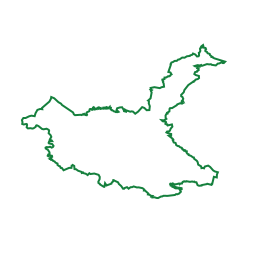 outline of Teocaltiche, Jalisco, Mexico, rotated 83°
{"feature_id": "50627088B70831883496545", "entity_name": "Teocaltiche", "entity_type": "district", "adm_level": 2, "iso_a3": "MEX", "parent_name": "Mexico", "parent_adm1": "Jalisco", "projection": "equal_earth", "projection_center": [-102.54, 21.482], "detail": "fine", "context": "isolated", "style": "outline", "palette": "green", "viewbox_px": 256, "rotation_deg": 83, "n_neighbors": 0, "source": "geoboundaries", "source_scale": "gbopen_adm2", "svg_char_len": 5781}
<svg xmlns="http://www.w3.org/2000/svg" viewBox="0 0 256 256"><g transform="rotate(83 128 128)"><path d="M182.9,44.2L181.7,47.1L180.5,48.6L176.7,51.2L175.1,53.0L175.6,56.4L177.3,57.5L176.8,58.3L176.8,60.0L175.0,60.1L172.9,62.8L170.4,63.0L168.9,63.7L166.6,66.1L165.3,66.2L165.0,67.2L163.4,68.8L162.2,71.1L161.5,71.0L160.8,72.2L159.5,72.9L158.4,72.5L158.2,73.4L157.5,73.7L157.7,74.3L157.4,75.2L156.8,75.5L156.6,75.1L156.1,76.3L155.5,76.3L155.1,77.0L154.2,77.0L153.4,78.7L152.1,79.8L152.0,80.7L150.9,82.2L148.6,82.6L147.9,84.4L146.1,84.9L145.6,84.5L145.2,85.0L144.8,84.6L144.2,84.9L140.8,88.3L140.8,86.1L139.2,85.9L138.4,88.4L137.1,90.4L136.3,89.7L136.3,87.5L135.7,86.7L133.8,85.7L132.1,83.8L129.8,84.0L130.3,88.3L129.3,88.5L129.4,89.1L128.4,90.4L127.0,89.5L126.4,89.7L125.5,92.8L124.3,93.7L124.8,91.6L123.6,88.8L122.4,89.4L120.2,89.2L118.9,88.3L118.6,87.3L118.2,87.7L117.7,87.5L116.6,84.9L114.0,84.4L113.4,83.8L113.6,81.8L111.3,76.8L110.6,76.3L109.8,73.4L110.4,71.4L110.1,70.7L109.0,71.7L107.7,71.3L107.3,70.5L107.6,70.2L106.9,70.4L105.8,69.6L103.8,70.2L103.0,71.3L101.6,71.2L99.3,68.3L97.2,67.4L92.7,62.9L90.2,58.1L90.2,57.3L89.6,57.2L89.3,56.1L88.2,55.0L87.9,52.7L87.1,51.4L85.0,51.3L83.7,54.3L82.5,55.6L80.7,54.6L80.5,52.5L80.0,52.0L79.5,52.1L79.0,50.8L78.5,51.0L77.4,50.6L77.0,52.0L75.9,51.4L75.2,52.3L75.1,53.7L74.6,54.3L74.1,51.4L75.2,49.7L74.5,49.8L74.7,49.1L74.4,47.8L75.2,47.7L75.3,47.0L74.2,41.8L74.8,39.6L74.8,37.9L75.5,37.2L76.6,33.2L75.0,31.0L75.1,29.8L74.2,27.0L75.1,26.1L75.2,25.0L74.0,23.5L69.4,33.8L68.4,35.2L67.9,35.3L67.7,36.4L67.2,36.2L65.7,37.7L64.4,37.9L63.5,39.9L62.2,40.3L61.2,41.8L60.1,41.8L59.3,40.9L58.0,41.3L57.2,43.9L56.0,43.2L54.8,43.4L55.9,45.3L57.2,46.2L57.5,46.0L58.2,46.9L60.3,46.8L61.9,47.9L62.0,48.5L64.6,48.6L65.4,49.2L65.4,50.8L63.3,52.2L62.0,54.4L63.1,55.2L63.5,57.4L64.0,57.8L64.0,60.8L65.1,63.2L64.7,65.6L66.2,68.6L66.2,69.9L67.3,71.4L67.1,73.5L68.1,75.6L68.3,76.9L69.8,78.0L70.3,77.7L77.3,81.1L78.1,79.1L80.0,78.3L80.1,78.8L81.3,79.7L81.3,80.6L81.8,81.1L81.6,82.2L82.5,83.7L82.4,85.6L83.8,85.8L84.1,88.0L85.2,88.0L85.9,87.3L86.8,87.7L88.1,87.2L91.4,87.2L91.6,89.7L92.3,91.6L90.7,96.8L91.0,100.6L92.0,100.4L92.4,101.0L93.3,99.7L94.0,100.8L95.6,100.2L101.3,102.0L103.2,104.7L103.6,104.1L104.6,104.0L106.0,104.4L109.0,103.7L112.8,104.6L112.6,107.3L110.1,109.3L109.0,111.4L113.0,116.0L114.7,119.1L112.3,121.1L111.9,122.6L112.1,123.8L110.3,127.5L111.6,127.9L110.8,129.9L109.8,130.0L110.0,128.1L108.9,129.3L108.8,130.4L106.7,131.3L106.6,133.5L107.1,136.4L108.6,137.1L110.8,135.4L111.0,136.3L110.7,138.1L110.2,138.2L110.0,139.6L108.0,141.9L108.2,142.1L107.2,143.1L105.9,142.6L105.8,143.5L104.7,143.5L106.3,145.6L106.1,146.1L105.2,145.8L104.6,146.8L105.0,147.8L106.0,147.9L105.8,148.4L104.9,148.4L104.8,150.0L105.8,150.1L105.5,151.2L105.7,152.8L104.9,152.8L105.3,154.7L104.6,154.4L104.4,153.7L103.9,154.4L104.3,156.0L105.4,157.1L105.6,158.9L105.3,159.2L104.4,158.5L103.1,159.5L103.5,160.3L105.6,161.0L105.5,161.7L104.6,162.4L104.5,163.3L104.8,163.8L106.6,164.3L107.4,166.9L108.2,167.5L109.9,167.0L110.3,167.4L109.9,168.8L108.7,169.7L109.2,170.3L108.8,170.8L109.2,171.1L109.2,172.1L109.5,172.4L109.1,173.6L108.8,179.0L107.8,180.1L105.9,180.6L97.1,190.7L95.7,191.5L93.9,193.9L89.5,197.6L87.9,200.4L89.5,200.9L92.2,202.8L97.6,210.9L98.9,210.8L98.4,212.9L99.0,215.7L102.1,218.0L104.9,219.2L104.0,222.3L104.3,224.6L105.6,228.4L105.3,230.6L107.2,232.3L109.4,232.0L111.1,232.5L111.8,231.1L111.6,228.4L111.9,227.9L112.8,227.8L115.0,228.5L116.2,227.4L116.3,224.7L116.9,223.1L116.8,221.8L115.6,219.5L114.4,218.9L114.2,218.2L115.2,216.6L118.5,213.4L119.0,211.9L118.8,208.9L120.2,206.9L121.1,206.6L123.5,207.4L125.7,205.7L127.5,205.2L129.8,207.0L130.3,206.7L131.0,205.3L131.8,204.9L131.5,207.8L133.1,208.6L133.7,208.2L134.7,205.2L136.7,204.1L137.6,204.7L138.2,206.1L137.1,207.6L137.4,209.2L137.0,211.3L137.4,212.2L138.3,212.2L140.0,210.1L142.5,208.9L144.2,209.0L144.5,210.3L145.8,211.1L146.2,210.7L145.9,208.3L146.3,206.9L147.3,206.8L148.3,209.1L148.7,208.2L149.3,208.8L149.4,207.9L150.3,208.1L150.6,206.8L151.4,206.5L152.3,204.9L153.5,204.2L154.7,202.3L156.0,202.5L157.2,201.3L157.8,200.1L159.4,199.7L159.6,198.5L162.1,197.1L160.4,191.3L160.7,189.0L158.5,188.5L158.5,187.8L158.0,187.4L159.1,186.0L162.3,186.1L162.6,184.6L164.3,182.8L166.0,179.3L167.0,179.3L166.8,178.1L167.2,178.1L168.3,175.4L169.8,173.8L168.2,171.9L169.1,170.9L169.1,167.0L170.9,162.9L173.1,162.0L175.3,162.4L177.7,164.0L179.0,164.0L179.9,162.8L180.5,162.8L183.4,159.2L183.5,158.7L180.0,157.5L180.8,157.1L181.6,157.6L181.7,157.0L182.1,157.2L182.5,156.7L181.2,151.2L180.2,150.8L179.3,149.4L177.1,148.7L178.1,148.7L180.7,144.5L182.4,143.9L184.8,141.8L187.7,140.3L187.8,139.3L187.2,138.8L186.6,136.2L188.3,134.8L187.1,132.7L187.2,131.0L186.7,129.5L188.1,126.4L188.2,124.7L189.5,120.9L191.0,119.4L192.0,119.8L192.2,118.7L195.5,115.8L196.4,116.3L197.0,114.6L198.0,113.7L198.4,112.1L199.1,112.9L199.3,112.1L199.9,112.2L200.0,110.1L200.9,108.2L201.2,106.7L200.0,103.5L200.1,102.4L199.6,101.0L200.2,96.9L200.2,89.6L199.5,88.3L199.8,87.0L199.2,85.0L198.5,84.5L198.1,83.6L197.6,83.3L195.6,84.1L195.3,82.2L194.3,82.1L194.0,82.8L194.2,83.2L193.5,84.3L194.0,84.9L193.7,85.1L194.1,85.6L193.8,86.6L192.9,86.8L193.2,87.8L193.7,88.0L193.4,88.7L192.8,89.4L192.7,88.3L192.1,88.2L191.6,89.0L191.8,91.0L191.1,91.0L190.6,92.1L189.9,91.4L189.6,92.9L188.8,93.1L188.4,92.7L188.8,91.9L188.4,90.3L189.8,89.2L189.5,88.5L189.7,87.1L189.3,84.2L190.2,83.6L189.5,82.8L189.7,81.2L188.6,80.7L188.1,80.1L188.2,79.3L187.7,78.8L188.3,77.1L187.9,76.6L189.0,73.0L188.9,70.9L189.4,69.7L189.3,68.6L190.0,68.1L190.2,66.7L193.2,65.9L194.0,64.5L194.1,62.0L193.7,61.9L193.6,61.2L193.3,56.7L193.0,56.2L194.6,52.1L193.6,51.7L193.7,51.2L186.9,48.7L187.9,45.9L185.0,45.4L182.9,44.2Z" fill="none" stroke="#15803d" stroke-width="2"/></g></svg>